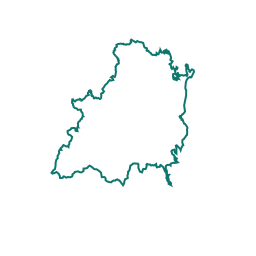 Ipeiroy, Ipeiros, Greece, rotated 230°
{"feature_id": "26713481B784345685192", "entity_name": "Ipeiroy", "entity_type": "district", "adm_level": 2, "iso_a3": "GRC", "parent_name": "Greece", "parent_adm1": "Ipeiros", "projection": "robinson", "projection_center": [20.637, 39.661], "detail": "fine", "context": "isolated", "style": "outline", "palette": "teal", "viewbox_px": 256, "rotation_deg": 230, "n_neighbors": 0, "source": "geoboundaries", "source_scale": "gbopen_adm2", "svg_char_len": 5931}
<svg xmlns="http://www.w3.org/2000/svg" viewBox="0 0 256 256"><g transform="rotate(230 128 128)"><path d="M133.5,43.8L132.5,44.7L131.8,46.1L132.4,47.4L131.5,48.2L129.7,48.7L129.1,50.4L127.3,52.2L126.8,54.1L127.3,55.0L128.2,55.6L128.1,58.1L128.5,59.1L126.7,62.1L125.1,62.6L124.0,63.7L123.6,66.2L125.5,67.9L124.4,69.2L123.6,71.1L124.0,73.2L123.7,74.5L121.1,75.3L118.2,75.7L116.4,77.5L113.5,78.3L111.0,78.6L107.2,76.3L105.7,78.3L105.0,78.6L103.5,78.3L102.5,77.3L101.0,77.5L98.6,78.8L97.1,80.4L97.4,81.8L96.9,83.4L95.9,84.4L96.0,85.4L95.5,86.8L94.1,87.1L93.5,87.7L87.3,87.4L88.0,89.3L89.5,91.0L90.6,92.8L89.8,95.6L91.9,97.0L93.2,99.0L94.5,100.0L94.4,100.9L95.0,102.4L97.7,105.7L97.4,106.5L97.5,108.8L96.7,110.2L94.2,112.7L93.4,112.6L90.8,110.3L86.9,109.1L85.0,110.2L86.8,113.1L86.4,113.9L85.3,114.9L85.3,115.4L86.7,117.7L88.2,118.7L88.2,119.5L87.2,119.9L86.0,121.3L84.4,121.6L83.9,122.9L82.6,123.7L82.3,126.4L80.5,125.1L79.3,124.8L79.0,125.2L79.1,125.8L77.8,127.3L78.8,128.9L78.7,129.3L75.4,129.8L71.0,128.5L68.5,128.3L65.7,126.2L65.0,125.2L64.1,125.4L62.7,124.4L59.9,124.1L59.1,123.2L56.9,124.1L57.9,124.3L58.0,124.9L57.8,124.4L57.5,124.5L57.5,125.1L58.6,125.6L62.1,125.1L62.5,126.3L64.3,126.7L66.2,127.7L65.8,128.3L65.8,127.6L64.8,127.5L66.0,129.0L66.6,127.9L67.4,128.0L70.1,130.2L72.2,130.6L74.2,132.1L74.5,132.6L74.5,134.3L73.0,136.2L71.9,136.5L73.2,137.8L72.4,140.2L71.1,141.4L69.6,144.1L71.1,144.0L71.8,143.8L70.8,143.9L72.8,143.0L73.8,143.9L73.8,143.4L74.0,143.5L74.1,144.0L75.4,144.4L76.1,145.1L72.9,145.1L73.2,145.8L74.5,145.2L77.7,145.7L79.4,145.1L82.3,146.3L82.5,147.6L81.7,149.5L79.0,148.2L77.2,148.6L81.1,151.9L83.7,153.3L83.4,154.2L78.5,154.5L77.2,154.1L78.3,155.7L79.5,158.5L79.3,159.3L82.0,160.2L83.9,162.1L83.6,164.1L84.2,165.1L84.1,165.9L84.8,167.6L84.7,168.6L86.1,170.1L89.2,172.5L89.8,173.6L90.8,174.0L94.1,174.3L95.4,173.8L99.3,175.2L99.3,174.5L100.0,174.2L101.4,175.3L102.3,175.7L102.5,174.6L103.7,174.9L103.8,175.4L103.1,176.6L103.6,178.5L103.3,179.4L103.9,182.2L109.2,185.5L115.6,193.5L119.6,196.9L120.8,197.1L121.8,197.6L126.0,201.9L127.2,204.1L127.6,205.9L127.3,208.2L127.0,208.6L126.3,208.7L126.1,209.1L128.6,214.6L130.1,215.4L131.8,214.7L131.6,213.4L131.9,212.4L131.3,211.9L131.9,210.6L131.9,211.6L131.5,211.8L132.0,212.2L134.8,212.1L135.7,213.0L138.1,214.2L139.2,213.6L139.0,212.5L138.3,212.0L137.1,212.0L136.4,211.1L133.9,209.2L130.6,207.9L130.1,207.0L130.0,206.5L131.6,206.2L132.5,204.1L133.7,203.5L135.2,201.4L136.9,201.1L137.9,201.5L138.5,202.3L137.9,201.4L137.0,201.1L136.2,200.9L134.6,201.4L134.9,199.5L136.3,199.0L133.3,198.5L135.1,197.5L135.1,196.9L134.4,196.6L133.4,196.8L133.3,196.0L134.0,195.8L134.6,196.6L135.5,197.0L136.0,196.5L136.0,195.7L135.6,195.4L135.3,195.9L135.0,195.9L134.6,195.5L135.1,195.9L135.6,195.2L136.6,196.1L137.4,195.8L135.9,195.2L135.3,195.2L135.1,194.9L135.5,194.6L136.6,194.4L136.9,195.2L138.2,195.3L140.0,196.9L140.3,197.3L139.5,198.6L138.6,199.2L137.4,199.1L137.4,199.4L138.5,199.7L139.7,199.5L140.3,200.2L142.4,201.0L141.6,203.1L142.1,203.4L141.9,203.9L142.4,204.7L143.5,204.4L142.6,203.4L143.0,201.6L144.3,201.2L145.5,201.6L145.0,199.6L145.8,199.6L149.1,201.4L150.9,200.4L150.1,201.2L149.7,202.6L150.4,205.0L152.6,204.1L153.4,204.7L153.6,205.7L154.5,206.4L158.4,207.9L159.0,207.7L160.3,208.4L161.6,208.1L161.9,207.9L159.7,206.7L160.3,206.5L161.4,207.3L162.9,207.5L163.1,207.1L160.8,206.2L160.5,205.8L161.9,205.2L162.3,204.7L161.9,204.2L161.7,204.5L161.7,203.9L163.0,203.8L163.7,205.8L163.9,204.9L163.5,203.1L164.2,202.2L166.3,202.4L166.9,203.0L165.5,202.7L165.3,202.7L167.1,203.0L166.9,202.1L165.8,201.1L166.0,200.7L164.9,198.8L165.2,198.4L167.1,198.1L165.6,196.4L168.0,194.3L168.0,193.9L169.3,193.3L170.7,193.7L172.3,193.0L174.0,193.3L174.7,192.2L175.4,192.0L176.5,193.5L177.2,193.7L178.4,192.7L179.7,192.6L183.4,194.3L185.3,193.2L185.9,192.4L188.7,190.9L188.6,189.0L193.6,187.3L193.4,186.6L192.8,186.7L192.6,185.9L191.6,185.4L191.9,184.9L191.3,184.1L191.4,182.5L192.8,181.1L193.0,180.0L194.1,179.5L194.5,178.6L195.6,178.6L196.0,177.6L197.4,176.6L198.9,173.9L199.1,172.5L197.7,172.1L197.4,171.5L197.7,169.8L197.2,168.5L196.3,168.4L196.5,167.9L195.8,167.2L196.1,166.5L195.4,166.1L195.2,165.3L193.8,164.8L189.0,165.0L187.9,164.6L187.8,165.0L186.8,164.9L186.5,164.4L185.6,164.2L185.6,163.6L185.1,163.7L183.4,162.5L183.3,162.0L183.9,160.4L183.6,160.1L183.3,158.7L182.9,158.3L182.9,157.7L181.4,156.9L180.4,155.7L179.0,155.2L176.3,152.0L175.6,150.6L177.6,149.9L177.7,147.6L175.8,148.1L174.2,147.6L175.2,145.5L176.5,144.8L176.2,144.2L176.4,143.6L175.6,140.8L175.6,138.2L174.5,134.9L174.6,134.1L174.2,133.3L171.4,133.1L171.4,132.2L171.0,131.4L171.5,130.5L171.5,129.3L170.4,128.8L168.3,126.7L168.1,125.6L168.4,125.0L170.2,124.5L170.6,123.3L172.0,123.0L172.3,121.2L172.8,120.9L174.4,121.7L175.3,121.5L175.7,120.9L176.3,121.0L177.2,122.0L178.8,122.0L179.0,123.0L179.7,123.5L181.2,123.3L181.5,122.0L180.7,121.5L180.8,120.0L179.6,118.9L178.6,119.2L179.4,116.2L178.8,114.9L178.6,113.0L178.9,112.4L178.7,110.3L179.0,109.8L179.9,110.3L181.2,109.9L180.9,109.0L181.9,108.0L182.5,106.4L182.4,104.4L183.6,103.9L185.1,104.4L185.7,103.7L183.3,101.3L181.8,101.5L181.2,100.7L180.0,100.5L179.2,99.9L177.6,100.1L175.8,101.3L174.2,101.2L172.4,103.7L170.6,102.7L169.0,102.9L166.2,101.2L165.6,101.2L165.9,100.6L165.6,99.5L164.7,98.4L165.1,97.5L164.3,95.7L164.5,94.2L163.7,92.5L162.0,91.5L161.0,90.2L160.6,90.2L161.1,89.7L160.5,88.7L158.8,87.7L158.9,87.2L158.3,87.1L159.5,86.1L161.8,87.3L162.9,86.6L164.3,84.4L163.9,83.8L163.9,82.3L164.5,79.7L163.2,78.7L161.2,78.2L159.4,79.3L157.0,79.5L154.9,76.2L155.1,75.0L154.9,74.0L153.4,72.8L153.2,71.7L151.7,70.2L152.8,70.0L153.5,68.9L156.4,67.6L156.3,66.5L155.8,66.0L155.8,63.3L154.1,62.9L155.1,61.8L155.1,61.0L154.2,59.8L152.9,59.2L151.7,55.8L150.0,54.8L149.8,52.8L147.9,50.2L145.7,48.3L143.6,45.8L143.5,43.1L142.8,40.6L141.6,40.8L141.4,41.7L140.7,42.6L140.3,44.9L137.6,45.5L135.0,44.9L133.5,43.8Z" fill="none" stroke="#0f766e" stroke-width="2"/></g></svg>